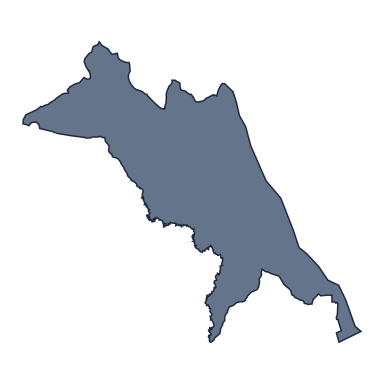 the district of Ga West Municipal, Greater Accra, Ghana
{"feature_id": "2480657B90617621807510", "entity_name": "Ga West Municipal", "entity_type": "district", "adm_level": 2, "iso_a3": "GHA", "parent_name": "Ghana", "parent_adm1": "Greater Accra", "projection": "robinson", "projection_center": [-0.382, 5.705], "detail": "fine", "context": "isolated", "style": "filled", "palette": "slate", "viewbox_px": 384, "rotation_deg": 0, "n_neighbors": 0, "source": "geoboundaries", "source_scale": "gbopen_adm2", "svg_char_len": 5982}
<svg xmlns="http://www.w3.org/2000/svg" viewBox="0 0 384 384"><path d="M210.3,342.2L211.4,342.0L213.9,340.1L214.4,338.2L219.9,333.6L220.8,328.0L222.7,324.6L222.9,322.4L224.7,320.9L224.7,317.3L225.5,314.7L227.3,312.6L227.7,310.2L229.6,306.5L231.0,306.4L233.7,305.2L236.2,302.8L239.7,301.8L242.7,301.8L244.5,301.1L245.4,300.3L245.5,299.2L247.0,297.4L247.3,296.4L251.0,292.3L257.0,289.6L258.6,287.2L259.6,281.4L259.2,279.4L259.6,278.0L260.7,276.9L261.7,274.6L261.2,272.8L262.1,269.1L265.7,271.8L267.5,271.8L271.2,273.6L279.1,276.2L284.1,284.6L290.6,290.1L291.8,294.8L293.8,295.8L294.4,297.0L295.1,297.6L298.4,299.0L300.1,300.2L302.0,300.2L303.4,301.2L304.1,302.3L304.3,303.4L306.3,303.7L308.2,304.5L310.5,304.0L311.9,304.2L313.2,299.6L318.7,293.8L320.8,295.8L327.0,295.2L331.9,295.2L332.0,302.0L334.9,302.0L335.8,303.1L336.8,302.4L337.8,303.9L337.5,312.3L336.9,316.7L336.3,317.2L336.6,319.3L337.8,319.4L341.3,330.8L336.4,332.9L339.0,342.2L361.0,331.4L355.1,326.3L345.5,299.4L338.7,285.3L327.9,280.2L318.8,266.7L306.9,253.9L299.0,247.5L293.3,230.2L280.8,198.2L266.1,180.9L250.7,145.7L245.6,126.5L239.4,115.6L236.5,102.8L233.1,91.9L224.7,83.7L222.5,83.5L221.1,84.9L219.0,88.7L217.8,91.7L216.8,95.9L213.5,94.7L205.7,98.6L204.2,100.3L203.0,101.0L198.2,102.0L196.6,101.9L195.1,101.0L193.6,97.6L191.1,94.3L189.7,94.3L186.8,92.5L185.9,91.3L180.7,89.8L180.3,89.4L180.6,88.6L180.0,86.3L179.9,83.0L176.0,81.0L175.5,80.3L172.0,80.2L172.2,82.3L170.5,85.2L169.2,86.0L167.9,88.8L166.2,94.0L166.4,96.6L166.0,102.9L165.1,105.4L164.6,108.9L161.8,108.6L159.2,107.1L153.8,102.2L147.6,95.8L147.1,94.4L145.2,94.0L141.9,91.4L135.8,89.3L134.2,88.1L131.4,84.9L129.3,81.2L128.4,78.0L128.6,74.1L130.3,70.8L129.9,69.6L129.7,64.7L129.2,62.6L125.9,62.4L121.4,60.7L120.0,59.7L118.1,57.6L117.3,53.2L111.9,54.4L108.6,50.0L108.4,49.2L102.0,45.5L99.2,41.8L97.7,44.8L93.9,46.2L92.9,47.2L91.7,52.0L88.9,53.6L84.7,58.9L84.2,61.8L86.3,67.4L88.1,69.9L88.3,70.7L89.2,70.8L89.0,71.6L89.9,72.9L90.4,75.4L90.2,78.4L88.4,79.3L86.6,78.9L83.9,77.5L79.6,82.6L75.0,84.0L69.7,87.0L69.4,87.9L68.0,89.1L67.4,90.5L67.4,90.9L68.5,92.2L68.6,93.1L64.2,93.4L62.1,94.2L56.2,98.4L54.8,99.9L49.8,102.9L48.2,104.4L44.6,105.4L42.4,106.7L40.8,106.5L36.6,109.8L25.9,114.8L23.3,119.6L23.0,123.9L26.1,124.5L28.9,125.7L31.5,122.5L36.3,122.1L39.1,125.0L39.7,128.5L51.9,131.4L57.7,133.5L71.2,135.7L84.4,137.4L86.0,138.1L90.6,137.9L92.6,136.9L96.8,137.1L100.7,136.4L102.6,137.6L104.7,137.5L105.4,141.2L108.9,145.6L109.1,147.4L108.6,149.7L108.9,151.6L110.4,153.5L111.7,153.9L112.4,156.7L114.9,157.7L116.2,157.7L118.3,159.1L120.3,161.7L121.5,164.5L122.3,165.2L124.0,167.9L124.4,169.4L127.4,173.9L127.5,175.7L130.6,178.8L131.1,180.2L135.0,182.3L136.7,184.4L136.8,185.7L137.2,186.4L140.1,187.6L139.7,188.3L140.0,188.6L142.0,189.0L143.1,190.2L143.2,191.1L142.5,193.0L142.2,196.4L142.5,196.7L142.1,197.4L143.3,196.9L143.3,198.1L142.6,198.4L143.6,198.9L143.2,199.8L143.8,200.5L144.8,203.3L145.9,202.8L144.4,204.7L145.7,204.9L146.0,204.1L147.2,206.2L146.3,206.2L146.2,206.7L147.3,207.0L148.0,208.9L149.5,209.7L148.3,210.9L149.3,212.6L150.0,212.8L150.0,213.3L148.6,214.6L148.5,215.3L148.9,216.0L148.2,215.9L147.8,215.2L146.6,215.2L146.6,215.5L147.1,216.5L147.7,216.7L147.6,217.7L148.9,217.0L149.4,217.5L148.7,218.6L148.7,218.9L149.3,218.4L149.9,218.4L149.6,220.3L151.6,219.8L151.7,220.7L152.1,220.9L151.9,221.7L152.7,221.7L152.9,220.6L153.8,220.5L154.2,220.9L153.7,221.3L153.9,221.6L154.9,220.9L154.7,219.0L154.4,218.9L153.8,219.3L153.4,219.0L153.7,218.7L154.7,218.0L155.2,218.5L155.7,217.9L155.6,219.0L157.9,218.0L159.0,219.3L159.1,220.1L160.0,219.7L162.2,220.8L162.9,221.7L162.9,223.0L165.4,223.7L163.3,225.0L163.7,227.0L164.7,226.8L165.2,225.8L166.3,225.5L166.7,225.0L167.2,225.4L168.4,225.2L168.4,223.4L169.9,224.2L170.5,222.5L172.1,223.1L175.8,223.3L175.8,225.7L176.8,225.2L177.6,224.2L178.8,225.5L179.9,225.3L180.9,226.2L180.7,224.9L182.9,226.1L183.4,224.7L184.6,225.0L185.0,225.4L186.7,224.7L186.8,226.1L188.0,225.9L188.5,226.6L190.1,226.8L191.2,228.4L193.0,229.3L193.9,228.8L193.5,231.0L194.5,232.3L194.7,233.5L194.1,234.9L193.7,234.3L193.0,234.6L192.8,235.5L192.0,236.5L192.5,237.2L193.4,236.4L193.7,236.6L193.7,238.3L192.9,237.9L192.5,238.2L193.4,239.8L194.1,240.2L194.1,240.7L193.3,241.2L194.4,241.2L194.1,242.2L194.5,243.7L195.3,244.2L195.1,245.0L195.9,245.3L194.7,245.7L195.9,246.7L195.4,247.5L197.5,249.0L198.3,248.8L198.8,250.1L199.8,251.2L200.1,251.0L200.6,251.7L202.3,252.2L203.1,250.5L204.7,251.1L205.1,250.0L205.8,249.6L206.2,248.7L206.9,248.9L207.2,248.4L208.5,249.5L208.7,248.4L208.1,247.5L208.8,247.2L209.2,246.5L210.0,246.8L210.8,245.5L212.5,248.3L213.3,251.6L213.9,252.1L214.1,253.4L215.1,252.9L215.8,254.1L217.3,254.6L217.9,255.4L220.3,254.5L220.9,257.8L221.3,258.3L222.2,257.8L222.6,258.0L222.7,260.1L222.3,261.1L222.6,261.8L222.0,262.6L221.7,264.0L221.8,264.8L222.4,265.2L220.2,266.0L220.4,269.1L220.7,269.7L219.8,270.9L220.1,272.4L219.2,274.5L218.5,274.8L218.2,274.2L218.6,273.8L217.5,273.2L217.0,274.8L215.7,275.9L215.5,277.2L216.8,279.9L214.6,280.8L214.0,282.8L215.2,284.3L215.9,287.2L215.3,287.9L214.7,287.3L214.1,287.6L214.0,289.4L213.2,291.3L211.6,291.9L212.0,293.4L210.5,294.6L210.2,294.6L210.1,294.0L209.6,294.1L209.7,295.1L209.1,296.0L208.4,296.2L208.2,295.2L207.0,295.3L206.6,297.3L207.3,297.3L207.5,297.8L206.8,298.1L206.1,299.1L206.8,299.6L205.1,302.8L206.8,304.6L206.6,305.6L208.6,305.1L208.5,305.9L209.2,306.6L209.4,308.5L210.4,308.5L210.7,309.2L210.0,310.5L210.0,311.7L211.9,314.1L211.5,315.9L210.1,316.3L210.7,318.2L210.6,320.0L211.7,319.5L214.2,325.3L213.6,326.7L212.8,327.3L211.3,327.5L211.1,328.0L212.0,328.0L212.1,328.4L211.5,329.5L211.1,329.5L210.9,328.2L210.4,328.4L209.7,327.9L209.5,329.0L209.8,330.4L209.4,330.7L208.9,330.0L208.5,330.2L209.0,331.4L209.6,331.8L209.7,332.5L210.5,332.6L210.7,332.9L210.8,333.8L210.3,334.4L210.9,335.1L210.0,335.8L209.3,335.3L208.9,335.4L208.7,335.9L209.2,337.1L208.6,337.2L209.1,337.9L209.8,340.2L209.3,340.7L210.3,342.2Z" fill="#64748b" stroke="#1e293b" stroke-width="1.5"/></svg>